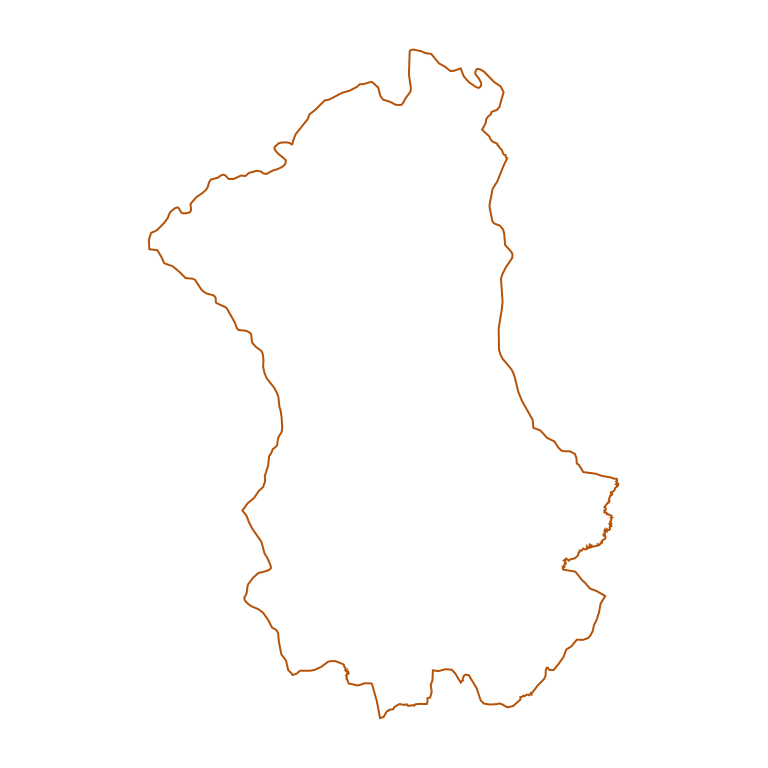 outline of Lahan Sai, Buri Ram, Thailand, rotated 179°
{"feature_id": "78962969B50384711100883", "entity_name": "Lahan Sai", "entity_type": "district", "adm_level": 2, "iso_a3": "THA", "parent_name": "Thailand", "parent_adm1": "Buri Ram", "projection": "natural_earth1", "projection_center": [102.826, 14.325], "detail": "fine", "context": "isolated", "style": "outline", "palette": "amber", "viewbox_px": 768, "rotation_deg": 179, "n_neighbors": 0, "source": "geoboundaries", "source_scale": "gbopen_adm2", "svg_char_len": 6073}
<svg xmlns="http://www.w3.org/2000/svg" viewBox="0 0 768 768"><g transform="rotate(179 384 384)"><path d="M523.1,186.5L523.9,184.6L525.1,176.9L527.4,172.8L527.1,170.7L526.3,169.2L523.3,166.1L520.0,163.9L513.3,160.9L508.8,157.3L503.8,149.9L500.3,142.5L496.7,140.4L495.1,138.8L494.2,136.4L493.6,128.2L491.4,115.6L486.7,109.0L484.8,99.6L481.5,96.3L480.6,94.6L476.5,95.8L473.4,98.5L472.2,98.8L462.6,98.6L458.4,99.4L451.6,102.3L444.8,107.3L442.5,107.8L437.4,107.8L429.9,104.6L428.8,103.6L428.8,102.4L427.5,100.5L427.7,98.6L426.7,98.3L427.0,96.8L426.1,98.1L426.0,96.4L425.0,97.0L424.6,96.2L424.4,95.2L427.1,93.1L426.2,91.2L426.8,89.9L426.0,89.2L424.6,85.2L415.3,83.0L408.4,85.1L402.3,84.9L401.3,84.4L396.7,67.0L393.8,50.1L390.2,51.0L388.0,54.9L386.4,56.9L384.9,57.4L384.6,58.2L380.5,58.6L379.2,60.9L374.8,63.4L373.8,63.7L369.2,62.7L368.4,63.2L366.3,63.1L366.1,62.1L365.0,61.7L360.6,62.4L359.5,61.8L358.4,63.1L355.4,63.5L346.8,63.3L346.0,66.1L346.0,69.2L343.3,69.7L341.7,75.4L342.5,82.3L340.7,87.0L340.1,96.8L334.5,96.0L327.8,97.7L321.3,97.2L317.9,93.5L312.5,84.1L311.5,85.7L310.2,86.2L310.5,87.9L309.1,91.0L307.5,92.0L304.3,91.4L296.6,78.0L292.9,66.1L289.7,62.7L284.0,61.7L276.8,61.9L274.3,62.6L272.0,61.9L266.4,58.6L260.6,59.7L253.0,66.2L253.2,68.6L251.3,68.8L250.2,70.0L248.8,69.4L247.0,70.8L245.3,70.9L244.2,70.2L243.2,71.3L242.1,70.9L242.3,72.1L241.9,71.9L235.5,80.0L228.9,86.4L227.5,89.6L227.2,95.4L226.1,97.6L225.0,97.4L224.0,95.4L219.6,95.0L214.6,100.7L209.2,108.1L206.4,115.4L201.4,118.3L195.6,125.0L189.6,124.7L184.4,126.4L182.5,128.2L179.6,133.3L178.3,139.1L175.6,144.3L173.0,151.9L171.3,160.5L166.5,168.1L175.3,173.4L181.7,175.9L186.3,181.6L189.5,184.5L195.4,192.4L196.3,193.1L208.0,195.3L208.4,196.2L207.4,197.4L208.3,197.2L208.6,198.0L206.6,200.1L206.4,201.3L205.4,201.3L206.0,203.0L205.7,203.7L207.2,204.4L204.8,206.3L202.2,204.1L201.0,205.3L196.2,206.4L193.1,209.2L192.3,212.1L191.4,212.6L191.3,214.0L189.2,214.0L187.7,215.9L186.2,215.2L184.4,215.2L183.9,217.7L183.2,216.2L180.4,217.0L180.2,217.5L181.5,218.3L181.1,219.8L180.3,219.0L179.3,219.1L178.9,217.5L173.0,218.8L173.0,220.0L171.6,219.2L170.3,220.4L170.1,221.7L168.8,221.5L168.5,223.8L165.5,225.5L165.1,226.7L165.7,228.9L166.7,228.4L167.2,229.2L167.0,229.9L166.2,229.6L165.7,230.7L165.4,232.1L166.2,232.5L166.1,233.6L165.4,234.9L164.5,233.1L163.7,232.7L163.3,234.7L162.6,234.0L160.9,234.4L160.6,235.9L160.9,236.7L160.2,237.4L160.4,238.0L159.5,238.1L160.5,239.5L159.6,239.3L159.1,240.1L160.2,240.9L159.8,241.6L160.2,242.4L159.5,242.6L159.1,245.0L159.6,246.0L158.4,246.4L159.0,246.9L158.7,248.2L162.9,250.2L163.6,249.9L163.7,251.4L165.2,251.9L166.4,251.3L165.8,252.1L166.0,253.6L164.7,254.1L164.3,255.3L164.8,256.5L165.7,256.7L165.6,257.4L162.5,261.1L161.2,261.6L161.5,262.8L160.6,263.2L161.0,264.2L160.6,266.5L159.9,267.0L159.7,268.7L158.7,269.1L158.8,270.1L158.1,269.3L157.7,269.6L158.4,271.9L157.0,272.3L155.1,274.2L155.0,275.7L152.8,277.4L152.9,278.2L152.1,278.1L151.4,279.7L151.9,280.3L152.8,279.4L153.9,279.8L152.7,281.4L153.6,282.6L152.6,283.2L152.9,285.2L156.2,285.4L158.0,286.4L168.0,288.4L173.8,290.6L186.2,292.4L190.7,299.9L192.6,301.1L192.9,306.7L194.5,310.9L199.3,313.4L205.0,313.6L207.9,314.4L210.9,317.5L214.5,323.5L221.9,327.3L228.5,334.9L235.4,337.5L236.0,345.6L246.4,364.8L249.8,373.6L253.3,389.0L254.8,393.3L256.4,396.6L265.1,407.3L267.1,411.5L268.4,416.4L268.4,437.7L265.0,456.0L264.0,464.4L265.2,487.0L263.7,491.8L260.0,498.8L253.6,507.8L253.3,510.4L253.4,512.0L254.7,514.3L260.5,520.9L261.2,532.2L262.2,536.3L265.2,540.2L270.2,542.2L271.6,543.1L272.8,544.9L275.3,558.5L275.3,561.5L272.0,577.2L267.2,584.6L260.2,601.1L256.9,607.5L258.2,608.7L258.5,610.9L260.0,611.2L260.8,611.9L261.9,615.7L264.3,618.3L265.3,620.2L266.3,620.6L266.5,622.2L271.5,624.6L273.4,627.1L274.4,629.7L281.5,636.5L277.9,642.8L277.2,646.8L275.3,649.6L272.7,651.5L271.7,654.2L266.4,656.0L263.8,658.9L259.3,673.7L262.2,679.5L268.7,684.1L278.7,694.7L282.2,696.9L285.1,697.4L286.0,696.9L287.2,694.8L287.2,692.2L283.7,687.6L281.7,683.7L281.6,680.8L283.4,678.6L284.8,678.5L287.4,679.7L293.5,684.1L296.3,687.0L299.0,690.5L301.8,698.2L309.1,695.8L312.4,695.9L316.8,699.8L323.4,703.6L331.0,713.2L337.2,714.2L340.6,716.0L348.8,717.9L351.7,717.2L352.5,716.2L353.7,693.0L352.0,679.9L352.1,677.3L352.6,675.7L358.2,668.2L360.0,664.6L361.9,662.7L367.2,662.9L373.2,666.1L380.1,668.4L382.6,672.1L384.7,680.6L390.4,685.9L391.8,686.3L399.5,684.1L402.8,684.2L406.0,681.5L413.6,677.7L420.5,676.0L433.9,669.3L438.3,668.6L447.7,659.5L453.8,654.9L455.8,650.0L468.0,635.3L470.7,628.7L471.3,625.6L471.9,625.1L474.2,626.6L477.3,627.3L482.3,627.2L485.0,626.6L489.4,622.7L489.1,620.2L488.3,619.0L485.9,616.2L479.0,610.4L478.2,608.9L478.7,606.3L479.7,604.7L482.5,602.6L486.9,600.6L491.0,599.6L498.1,596.0L501.2,596.7L502.8,598.4L507.5,599.4L515.3,597.4L518.9,594.4L523.4,594.9L530.8,591.6L535.7,591.7L539.1,595.4L540.9,596.1L543.9,595.2L546.2,593.2L553.5,591.5L555.2,589.1L557.0,583.6L558.2,581.7L561.9,578.4L568.6,573.9L574.3,567.4L573.9,561.2L575.0,559.1L578.9,558.2L582.4,558.1L583.9,559.3L586.5,563.8L587.4,564.2L590.3,563.2L594.4,559.9L596.1,557.1L597.2,553.9L600.6,549.4L607.2,542.8L608.9,541.4L614.2,539.2L616.6,532.3L616.3,522.9L608.2,521.7L603.9,514.1L602.0,509.2L601.0,508.3L593.2,505.4L585.7,498.8L580.6,493.4L573.4,492.6L571.1,491.4L565.1,481.8L563.3,479.9L559.9,477.6L552.9,475.6L551.3,474.0L550.7,472.7L550.8,469.3L550.3,467.9L541.2,463.6L539.9,462.5L532.0,447.9L530.3,442.7L528.7,440.6L520.4,439.5L516.8,437.2L515.9,435.5L515.3,428.4L514.6,427.0L511.4,423.3L506.0,419.2L505.2,417.6L504.5,415.0L504.1,409.7L504.6,403.4L503.3,397.2L501.1,391.5L494.0,382.4L490.9,376.2L489.8,372.7L489.0,363.1L487.9,359.7L486.9,351.6L486.5,341.9L487.3,337.4L490.0,333.6L491.0,330.7L492.0,324.5L493.7,322.7L496.3,320.9L497.9,317.1L500.2,313.6L501.2,304.6L504.8,294.0L504.6,288.7L506.7,283.0L511.1,279.2L515.8,272.5L522.3,267.2L527.8,260.0L523.9,254.9L521.2,247.7L518.2,241.6L509.3,228.3L506.4,216.6L503.8,212.5L500.5,204.4L500.3,202.0L500.9,201.0L503.7,199.4L513.0,197.1L518.1,192.8L523.1,186.5Z" fill="none" stroke="#b45309" stroke-width="2"/></g></svg>